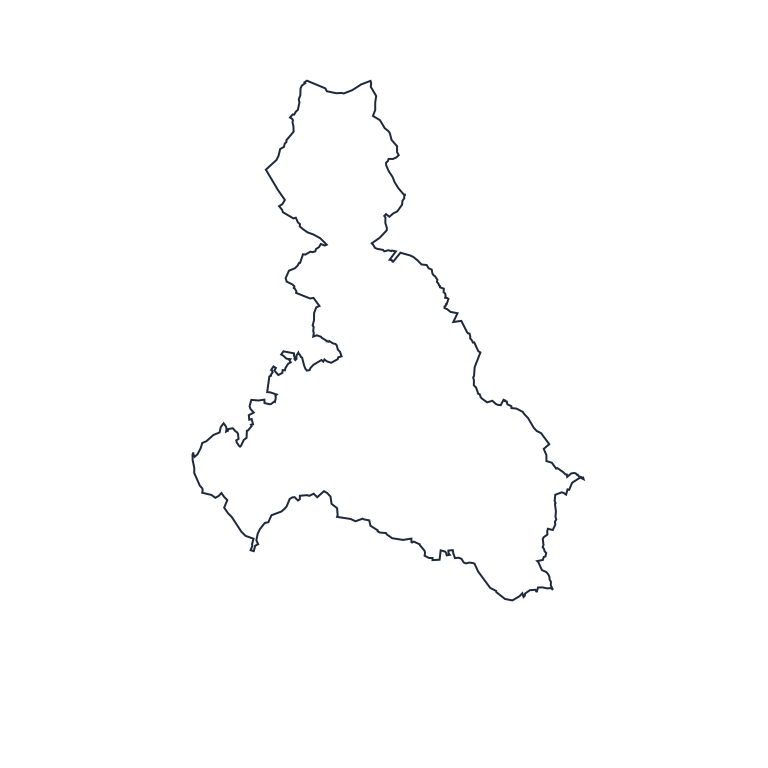 the district of Lupeni, Harghita, Romania, rotated 313°
{"feature_id": "2599482B15236521048096", "entity_name": "Lupeni", "entity_type": "district", "adm_level": 2, "iso_a3": "ROU", "parent_name": "Romania", "parent_adm1": "Harghita", "projection": "albers", "projection_center": [25.242, 46.419], "detail": "fine", "context": "isolated", "style": "outline", "palette": "slate", "viewbox_px": 768, "rotation_deg": 313, "n_neighbors": 0, "source": "geoboundaries", "source_scale": "gbopen_adm2", "svg_char_len": 6166}
<svg xmlns="http://www.w3.org/2000/svg" viewBox="0 0 768 768"><g transform="rotate(313 384 384)"><path d="M450.5,594.9L451.1,593.9L450.6,593.9L450.9,593.0L449.3,589.3L449.8,587.5L449.2,587.1L449.4,585.3L448.7,583.8L446.2,581.9L441.0,581.3L442.5,579.4L441.6,578.2L441.8,575.5L440.7,568.0L439.5,567.6L440.9,560.5L438.4,555.4L442.7,551.3L445.5,545.1L452.7,545.9L455.2,532.3L453.8,527.8L454.1,523.4L457.3,512.7L457.7,506.4L458.3,504.7L456.4,497.7L453.3,493.6L454.6,492.3L453.3,488.0L454.9,485.8L454.0,484.2L454.6,483.9L454.0,482.2L448.1,483.8L446.5,481.6L445.7,479.6L445.6,474.7L440.9,471.9L440.1,465.3L440.3,463.7L441.8,460.9L441.1,459.7L444.2,453.8L444.3,450.6L448.0,447.3L449.7,444.7L451.2,444.4L458.2,438.8L472.8,433.0L472.3,430.6L476.0,421.6L475.0,420.9L476.0,417.9L476.0,416.0L477.5,414.8L479.2,412.2L478.4,411.0L478.6,409.2L482.9,397.5L476.6,392.4L485.9,389.5L482.1,383.5L481.8,379.1L480.8,376.4L481.9,375.4L483.4,375.8L484.6,374.9L485.0,375.4L490.2,373.1L490.0,371.7L488.8,369.9L490.2,369.3L491.9,367.0L491.8,365.0L494.5,362.7L492.9,359.0L493.8,358.2L493.6,357.0L494.4,355.9L494.8,353.1L496.6,352.0L497.6,347.9L497.3,346.3L497.8,344.1L500.2,340.9L499.1,337.7L500.1,334.1L497.0,329.9L497.3,324.1L496.9,318.7L495.7,315.1L491.2,306.5L479.7,307.3L479.3,306.8L479.9,305.3L478.7,303.4L489.1,302.2L487.1,298.9L486.3,298.9L484.8,296.0L481.2,293.7L481.4,291.8L478.3,287.0L477.4,284.6L478.5,280.9L478.5,279.1L487.9,281.1L498.3,281.2L500.0,279.8L502.8,275.0L506.8,271.5L507.1,269.6L509.6,269.6L510.0,273.9L515.0,274.4L519.4,276.0L527.5,274.9L530.7,272.5L533.6,272.2L535.3,270.6L536.6,270.4L536.8,270.0L536.0,269.5L537.0,260.9L538.9,254.0L541.2,249.2L542.9,242.2L545.4,236.5L547.2,234.6L549.5,234.8L551.8,233.9L554.6,237.0L558.1,238.5L561.4,238.7L562.5,235.4L566.8,231.4L567.7,223.0L571.4,217.2L571.9,215.1L571.6,210.0L574.2,201.1L572.5,193.1L578.4,190.7L584.0,185.5L589.3,181.9L592.3,171.7L595.2,169.5L596.5,167.4L587.6,163.0L577.3,160.4L569.0,156.4L567.8,154.3L564.2,150.9L559.1,142.5L560.2,139.5L553.3,120.8L550.4,120.1L550.3,121.2L546.3,120.4L543.2,121.4L538.1,125.9L534.1,127.5L532.3,130.1L525.8,134.0L522.9,133.8L519.8,134.6L518.8,133.4L514.8,133.5L515.3,136.1L514.8,137.5L512.9,138.7L510.7,142.0L506.9,145.8L495.7,146.4L494.4,147.6L492.0,147.5L489.1,149.1L485.0,147.8L479.1,151.2L474.4,152.6L460.2,151.4L453.6,173.9L451.0,186.0L446.1,187.0L442.5,186.0L441.9,190.6L440.7,192.9L443.3,204.8L445.5,206.1L443.5,210.7L443.6,213.5L441.8,214.9L442.0,219.3L442.8,224.9L445.1,230.1L447.1,237.9L446.8,247.1L444.8,246.2L443.3,242.3L439.7,243.1L436.3,242.2L434.2,243.3L431.8,241.9L430.5,239.9L425.0,238.2L423.6,236.3L415.4,240.0L414.6,239.3L411.5,240.1L407.8,239.9L402.1,237.2L394.3,239.9L392.5,243.0L394.3,248.9L394.4,251.4L394.0,252.3L392.7,252.5L392.8,254.2L392.0,256.8L390.7,257.6L396.1,271.6L398.9,273.7L397.0,283.6L393.9,282.2L388.3,284.4L382.8,289.4L378.1,291.9L377.8,293.6L374.4,296.2L373.4,297.9L370.4,299.9L373.8,301.7L375.6,305.8L375.3,306.8L376.5,312.6L376.1,312.9L377.2,314.7L378.0,314.6L378.9,318.9L380.2,321.3L379.9,323.3L377.7,326.7L377.5,329.9L375.3,334.1L372.3,332.3L370.5,333.2L363.5,330.9L361.6,326.8L361.3,323.7L358.9,324.3L358.9,321.9L349.8,319.3L345.5,319.3L343.5,320.1L341.2,318.5L341.5,316.2L343.0,313.0L347.5,306.0L347.1,305.0L348.1,302.2L347.7,301.3L348.5,300.0L345.2,300.5L342.6,302.9L341.0,302.8L341.3,301.3L342.6,300.9L343.2,299.0L345.0,297.2L339.3,288.2L335.4,288.7L336.0,290.9L336.0,295.4L338.2,298.5L336.9,298.5L336.3,301.0L333.3,300.1L328.7,301.0L326.4,302.2L325.1,300.4L322.8,302.1L318.5,300.6L319.1,294.6L322.0,294.0L321.4,291.2L317.5,291.9L317.8,292.3L316.4,294.7L313.4,295.0L313.0,295.7L311.3,295.0L298.4,304.1L300.3,306.5L303.1,312.7L301.3,312.6L300.2,314.2L296.5,316.5L296.3,315.7L292.4,315.1L291.1,314.1L288.6,309.6L291.0,307.2L286.4,303.5L281.9,297.8L276.0,300.9L274.7,303.4L274.3,308.2L269.0,306.4L266.0,309.8L268.1,311.1L265.2,315.7L263.5,314.5L263.0,315.9L257.2,316.2L256.3,315.6L250.9,320.2L247.4,319.6L241.5,321.5L240.1,321.5L239.8,320.7L240.8,316.1L242.0,314.4L244.6,315.1L247.9,311.3L248.5,309.3L248.1,307.7L248.5,303.6L244.8,300.8L243.3,301.8L241.5,301.0L243.6,299.7L245.2,297.3L245.9,293.5L241.2,294.0L236.4,296.8L230.4,294.0L221.0,293.1L216.9,291.3L212.3,293.6L205.6,295.5L201.6,295.2L202.6,292.3L204.1,291.4L201.9,292.0L197.8,296.0L193.3,302.4L189.5,305.9L184.0,318.7L183.8,322.2L182.7,323.8L180.5,325.2L185.2,333.5L185.7,338.2L189.2,339.4L193.4,339.5L192.4,344.1L192.2,348.6L184.6,351.4L183.1,358.0L182.9,363.4L178.7,380.4L178.5,386.3L181.9,394.1L176.9,396.7L176.0,398.0L171.5,399.8L172.9,402.7L177.9,400.1L181.0,401.2L182.7,397.2L188.2,393.8L193.3,392.2L201.2,391.6L204.0,393.7L211.3,391.2L220.7,395.9L223.9,396.3L228.0,396.3L235.7,393.4L238.6,394.3L240.3,395.8L240.1,400.5L242.3,401.0L244.9,398.7L250.2,403.5L251.2,405.6L255.8,407.4L255.7,412.4L264.7,413.2L265.5,416.8L265.2,421.6L260.6,427.4L261.2,434.4L256.4,439.6L254.8,440.3L262.5,451.6L264.2,456.8L270.9,460.2L271.4,461.9L274.2,466.2L271.1,470.7L272.7,479.3L271.9,479.9L272.6,482.4L276.3,487.0L275.9,488.6L276.8,495.2L283.0,504.3L289.6,509.5L287.1,511.8L287.2,512.6L289.1,513.4L291.1,519.5L290.6,520.2L289.7,527.4L288.5,529.2L286.1,530.8L287.5,535.6L289.9,538.2L288.3,539.6L293.4,544.5L301.0,538.9L303.1,542.9L303.0,544.2L301.5,546.8L303.9,548.6L304.3,546.5L306.1,544.7L309.4,547.6L307.2,550.5L305.1,554.7L307.8,557.0L309.0,559.9L307.8,564.1L308.7,566.3L311.6,568.2L313.9,571.4L314.3,572.9L311.1,580.5L307.3,600.7L309.1,607.1L308.4,608.1L309.3,619.1L313.3,625.5L321.0,627.8L325.3,627.9L323.4,631.3L325.1,631.4L327.0,630.1L332.7,631.3L336.7,635.0L336.1,636.7L336.5,637.3L340.2,635.4L343.4,638.7L345.7,642.6L348.6,645.3L348.7,647.9L350.5,643.3L353.2,641.0L353.9,638.6L355.6,636.7L356.7,634.3L357.2,631.0L355.6,626.4L358.9,618.5L359.0,616.8L363.7,620.2L366.4,618.8L368.0,619.7L371.1,617.8L371.1,615.7L372.4,613.7L372.9,611.3L375.1,610.4L378.9,605.8L381.0,605.3L385.3,606.2L387.6,603.8L389.9,602.6L392.3,607.0L398.0,605.2L400.0,602.8L402.4,602.4L403.9,599.9L408.2,596.5L412.9,590.8L413.9,590.7L414.8,588.6L419.8,584.8L425.9,587.8L426.8,589.5L427.3,592.6L432.1,590.1L432.9,591.6L440.1,588.9L449.4,591.3L450.5,594.9Z" fill="none" stroke="#1e293b" stroke-width="2"/></g></svg>